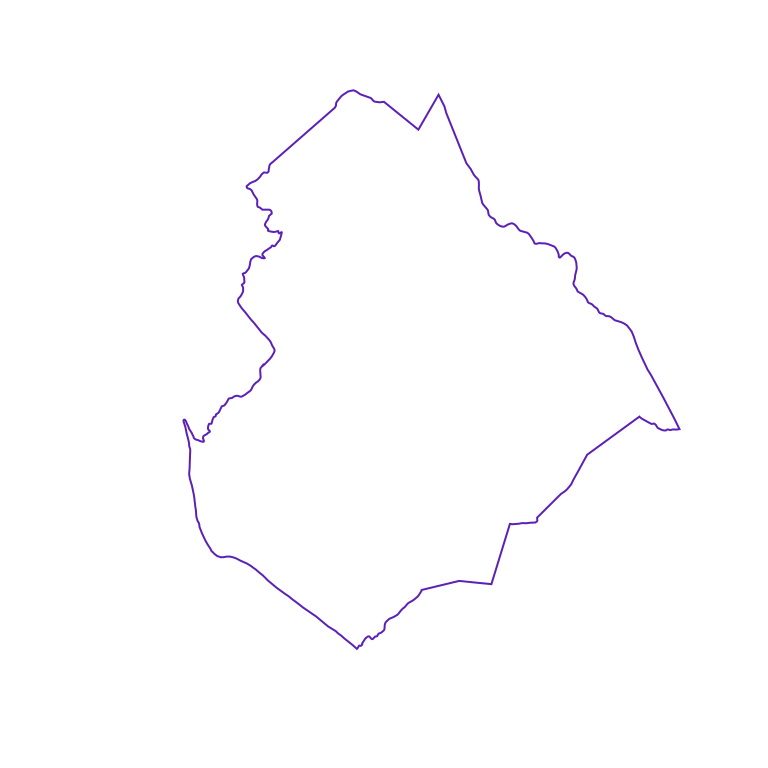 the district of Jutiapa, Atlántida, Honduras, rotated 226°
{"feature_id": "27666195B3977655085649", "entity_name": "Jutiapa", "entity_type": "district", "adm_level": 2, "iso_a3": "HND", "parent_name": "Honduras", "parent_adm1": "Atlántida", "projection": "robinson", "projection_center": [-86.444, 15.694], "detail": "fine", "context": "isolated", "style": "outline", "palette": "violet", "viewbox_px": 768, "rotation_deg": 226, "n_neighbors": 0, "source": "geoboundaries", "source_scale": "gbopen_adm2", "svg_char_len": 6166}
<svg xmlns="http://www.w3.org/2000/svg" viewBox="0 0 768 768"><g transform="rotate(226 384 384)"><path d="M146.3,565.2L156.8,568.6L179.6,575.3L205.0,582.3L211.2,583.6L223.1,587.6L231.6,590.7L238.5,593.6L244.6,596.6L249.7,598.6L257.0,599.5L260.2,598.9L263.7,597.6L269.4,594.4L270.3,594.2L274.2,593.8L275.5,593.4L276.4,593.0L278.3,591.2L279.3,590.7L282.1,590.5L284.7,588.7L285.6,588.5L286.5,588.6L288.9,589.4L290.2,589.7L291.6,589.5L293.5,589.0L296.3,589.0L297.5,588.8L299.4,587.9L300.3,587.6L301.3,587.6L304.1,588.7L306.8,589.2L308.7,589.3L310.5,589.2L314.3,588.0L316.1,587.6L318.1,588.4L319.4,588.7L322.8,589.1L323.9,589.6L324.8,590.2L325.5,591.1L326.0,592.4L327.0,594.2L329.6,597.3L332.6,602.1L333.9,603.5L337.6,606.5L339.2,607.4L341.9,608.6L343.8,608.7L346.2,607.7L349.3,607.7L350.6,607.4L351.6,606.4L352.3,604.9L352.7,603.6L352.7,600.3L352.6,598.8L352.9,598.2L353.6,598.0L354.5,598.4L355.4,599.4L359.0,601.1L362.9,602.0L364.7,601.9L369.4,599.8L371.2,598.9L373.1,597.6L377.6,593.4L378.1,592.6L378.9,591.1L380.1,590.1L380.7,590.0L382.6,590.8L386.1,591.6L391.1,592.4L393.2,592.2L399.5,588.5L400.6,588.3L401.8,588.3L405.7,588.9L408.1,588.7L409.0,588.5L410.6,587.8L411.4,586.8L412.8,583.6L413.3,581.0L413.8,579.7L414.8,578.6L416.8,577.4L419.0,576.8L420.9,576.5L422.2,576.6L425.1,577.8L426.5,577.8L430.0,576.7L431.6,576.7L433.0,576.9L433.9,577.4L436.2,579.1L437.5,579.6L443.9,580.0L446.0,580.4L451.9,584.0L457.4,587.0L459.0,588.2L461.7,591.0L464.0,593.0L465.4,593.7L466.9,593.8L470.2,593.8L472.2,594.0L478.4,595.7L485.5,596.6L535.6,617.0L541.7,620.3L554.2,624.2L543.1,585.4L587.0,580.0L589.6,576.6L593.5,573.5L595.2,573.0L597.1,573.2L598.8,573.2L608.9,568.2L612.5,567.5L614.5,567.0L616.5,566.0L617.7,564.2L619.4,561.2L620.5,555.4L620.7,553.0L619.9,546.6L619.5,545.0L617.5,542.6L616.9,540.6L621.0,458.0L621.2,455.7L621.1,454.3L620.5,452.9L619.7,452.1L618.7,450.5L617.1,448.6L616.9,447.8L617.0,447.0L617.3,446.5L619.3,444.8L619.7,444.1L619.8,442.0L619.6,440.4L619.2,439.1L619.0,435.8L619.4,432.5L620.5,430.0L621.5,427.0L621.7,422.6L621.3,422.2L619.8,421.7L617.3,423.0L615.3,423.3L610.9,421.9L605.0,420.9L603.7,420.1L601.6,417.7L599.9,416.5L599.1,416.3L597.0,417.3L593.9,417.6L589.2,422.5L588.2,423.0L586.8,423.0L585.9,422.7L584.6,421.6L584.8,418.2L583.2,415.3L582.8,413.6L582.7,412.6L582.2,410.8L581.5,409.2L580.9,408.7L579.7,408.4L576.0,408.3L575.5,408.0L575.3,407.4L574.9,407.1L574.2,407.3L573.4,407.7L570.2,410.0L568.9,411.6L567.6,414.1L567.3,414.1L566.8,413.6L566.1,413.3L565.4,413.1L565.2,413.2L564.9,413.6L564.5,415.6L564.3,415.8L564.1,415.8L562.7,413.8L561.7,412.0L560.1,409.3L559.8,406.1L559.1,401.8L559.2,401.2L559.5,400.6L560.9,400.1L561.3,399.5L561.3,398.9L560.9,398.1L560.9,397.5L561.2,396.4L561.6,393.6L562.3,390.4L562.3,388.5L562.2,387.7L561.9,386.8L561.0,386.0L558.1,385.9L557.6,385.8L557.4,385.6L558.0,384.8L559.3,383.7L562.2,382.8L564.9,380.9L565.5,379.7L565.9,378.3L566.1,375.2L565.1,373.2L562.5,369.7L561.0,367.1L560.4,363.1L560.3,362.0L560.4,361.2L561.3,359.6L561.3,358.9L560.7,358.5L557.8,357.4L554.3,354.4L553.9,353.7L554.1,351.1L554.0,350.6L551.2,349.6L548.6,347.1L548.0,345.8L547.0,343.0L546.6,340.4L546.6,338.8L546.4,338.4L545.6,337.0L544.5,335.9L543.6,335.5L542.5,335.2L538.2,334.4L532.1,334.0L523.3,333.1L517.9,332.9L506.4,331.8L504.9,331.8L501.0,332.2L495.0,332.0L492.7,331.6L489.4,330.3L485.4,329.4L484.4,328.8L483.7,328.1L482.9,326.3L481.8,322.5L481.5,320.6L481.3,318.2L481.1,311.4L481.3,309.1L481.6,309.4L481.2,306.3L480.7,305.4L479.5,304.1L475.2,300.5L474.4,299.7L474.0,299.1L473.6,297.6L473.4,295.8L473.9,292.4L473.8,289.7L473.5,288.0L472.3,285.0L472.0,283.5L472.9,276.3L473.8,272.9L474.5,272.0L477.3,270.4L478.1,269.6L479.1,267.7L479.5,265.0L481.3,262.4L481.2,261.5L480.2,258.6L479.5,254.7L479.6,253.9L480.5,252.2L480.6,251.6L478.3,245.5L478.4,244.4L478.8,242.0L477.9,240.7L477.8,240.3L478.5,238.5L477.4,235.8L475.7,233.1L475.4,232.4L475.5,231.9L476.6,230.9L476.8,230.5L476.7,230.0L475.4,227.6L473.9,226.2L473.3,226.0L471.2,226.0L470.7,225.6L470.6,224.9L471.0,223.9L471.1,221.6L471.8,218.9L471.9,217.9L471.5,217.1L470.9,216.2L468.3,215.0L467.9,214.6L467.8,214.1L468.0,213.8L470.3,212.2L472.5,211.4L475.1,209.9L476.8,209.7L477.5,209.8L478.8,210.6L480.2,210.9L482.7,211.8L486.9,212.6L490.3,214.1L491.7,214.4L494.8,215.7L496.7,215.9L497.2,215.4L497.2,214.7L496.8,214.2L495.9,213.6L491.0,211.2L485.5,207.7L479.8,204.5L477.2,202.9L474.4,200.6L471.7,199.3L470.0,197.7L467.8,195.3L458.6,185.8L454.5,181.2L450.6,178.5L444.3,175.2L437.4,170.9L434.2,168.7L426.9,163.1L423.6,160.8L420.2,157.9L418.2,156.4L414.8,154.7L413.0,154.4L410.9,153.3L409.9,152.4L409.1,151.9L403.7,149.6L396.2,147.0L390.9,145.6L386.0,144.7L383.3,143.8L382.1,144.0L379.6,144.0L376.2,144.5L372.8,146.2L371.1,148.0L369.3,150.7L367.1,153.1L365.6,154.2L362.4,156.0L359.9,157.0L357.0,157.9L349.8,160.8L345.0,162.0L342.6,162.3L339.9,162.9L334.9,163.3L330.5,163.9L323.4,164.0L312.2,165.2L301.8,167.0L297.3,168.0L293.4,168.4L284.8,169.8L279.5,170.5L263.8,173.7L248.4,175.4L239.8,177.6L236.5,177.7L233.0,178.4L228.7,178.7L218.0,180.1L212.3,180.5L212.5,182.3L213.1,184.2L212.8,184.7L211.9,185.2L211.7,185.7L211.6,186.8L211.8,187.5L212.3,187.7L212.7,188.7L213.4,191.8L213.7,193.0L213.9,193.6L213.7,196.4L213.2,197.6L212.4,198.1L209.8,197.9L209.0,198.1L208.4,198.6L208.4,199.5L208.5,202.1L207.7,203.3L207.4,204.1L208.1,206.1L208.1,206.8L207.3,208.7L207.0,209.9L206.9,212.8L207.2,213.7L207.9,214.7L210.1,217.1L211.1,218.7L211.5,220.6L211.4,224.6L209.7,229.1L208.7,233.2L208.7,234.6L209.3,238.6L209.4,242.0L209.1,243.6L209.6,248.3L209.5,249.5L208.3,254.1L208.0,256.2L207.7,260.3L207.9,262.1L208.4,264.3L209.2,267.4L209.7,268.0L190.2,301.2L165.4,322.2L195.9,377.4L193.8,379.1L190.0,383.7L188.1,386.6L184.7,390.0L182.9,392.5L179.4,396.4L178.9,398.2L179.0,398.9L179.3,399.5L181.5,401.3L182.0,434.8L181.1,440.2L181.1,442.9L181.8,449.0L183.6,453.8L186.3,462.8L192.0,481.0L183.1,545.1L182.2,545.0L179.6,545.5L170.4,548.3L169.1,549.0L168.0,550.7L167.3,551.0L165.6,551.1L162.4,550.4L159.6,551.3L157.7,552.1L156.3,553.0L155.2,554.0L154.7,554.7L154.6,555.7L154.2,556.5L153.7,557.0L152.7,557.4L152.0,557.9L150.6,560.3L147.7,563.1L146.3,565.2Z" fill="none" stroke="#5b21b6" stroke-width="2"/></g></svg>